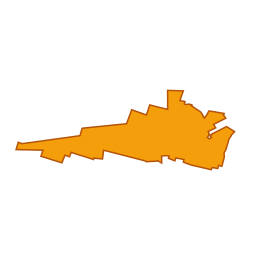 the district of Ucú, Yucatán, Mexico, rotated 282°
{"feature_id": "50627088B57657804580425", "entity_name": "Ucú", "entity_type": "district", "adm_level": 2, "iso_a3": "MEX", "parent_name": "Mexico", "parent_adm1": "Yucatán", "projection": "natural_earth1", "projection_center": [-89.766, 21.088], "detail": "fine", "context": "isolated", "style": "filled", "palette": "amber", "viewbox_px": 256, "rotation_deg": 282, "n_neighbors": 0, "source": "geoboundaries", "source_scale": "gbopen_adm2", "svg_char_len": 1823}
<svg xmlns="http://www.w3.org/2000/svg" viewBox="0 0 256 256"><g transform="rotate(282 128 128)"><path d="M110.0,227.7L111.7,227.9L113.5,227.9L118.0,228.2L120.5,228.1L123.2,227.2L124.1,227.2L126.8,228.2L135.0,228.9L138.0,229.1L139.2,229.5L140.1,229.8L141.2,230.3L142.6,230.7L143.3,231.0L146.6,233.0L149.9,224.1L139.4,211.1L139.1,211.3L138.3,210.4L138.1,210.6L137.8,210.3L137.2,210.1L136.1,211.6L134.3,210.0L134.8,208.7L135.0,207.7L138.1,208.5L138.3,208.5L138.3,209.1L141.3,207.2L146.4,213.8L149.3,210.9L157.9,221.6L160.5,218.7L160.7,218.8L160.7,218.5L162.2,219.0L161.8,208.1L161.5,203.6L156.8,202.2L156.6,202.1L155.2,201.2L154.7,201.0L153.6,200.9L153.9,200.1L154.3,199.5L154.9,199.2L155.2,198.9L156.0,198.7L158.2,196.4L159.0,195.3L159.5,193.8L159.7,193.5L159.9,193.0L160.4,191.5L161.6,188.7L162.9,185.4L163.8,185.9L163.9,185.7L164.0,185.4L164.0,184.5L164.0,184.2L164.0,183.8L164.1,183.2L163.8,182.4L163.7,181.4L163.4,180.6L163.0,179.9L162.9,179.5L163.1,178.7L163.3,178.0L164.9,178.3L165.7,178.3L165.8,177.6L165.7,177.3L165.6,173.1L170.1,173.6L175.8,174.4L174.8,168.7L173.6,162.1L173.0,158.9L166.7,160.3L154.5,162.9L154.7,153.1L155.1,144.5L144.6,143.3L145.9,133.3L146.0,132.5L146.6,127.8L141.4,127.1L131.9,125.7L124.7,103.4L121.8,94.3L118.2,83.2L110.5,82.6L107.3,73.8L90.7,27.8L90.7,27.7L91.2,23.6L89.2,23.5L83.6,23.0L88.6,49.4L82.2,48.7L81.8,53.6L81.0,61.9L80.2,70.6L88.3,72.0L87.7,76.8L92.3,77.5L91.2,89.1L91.2,89.8L90.0,100.8L91.4,100.7L92.4,109.5L101.2,108.8L99.4,151.7L98.8,153.0L98.9,153.3L101.8,163.7L102.2,163.8L100.8,168.2L107.6,166.7L108.2,168.7L108.8,171.0L109.1,172.2L109.2,173.6L109.2,173.9L106.8,173.8L105.6,180.7L108.7,181.1L108.8,189.3L106.1,189.2L105.6,192.5L104.9,197.7L104.6,215.9L104.5,218.1L106.9,218.6L107.0,224.2L110.3,224.4L110.0,227.7Z" fill="#f59e0b" stroke="#b45309" stroke-width="1.5"/></g></svg>